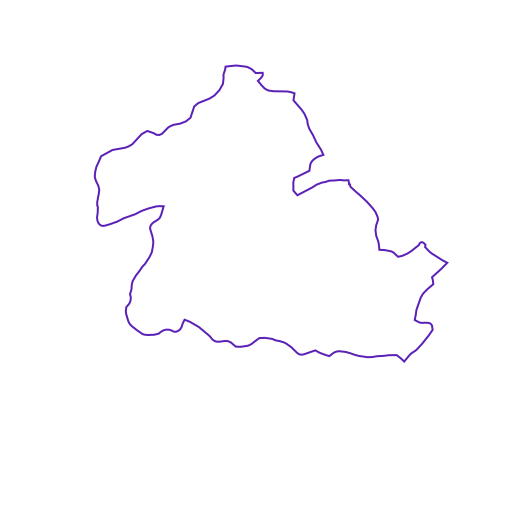 SVG path tracing the border of Bulgan, rotated 319°
{"feature_id": "MNG-3323", "entity_name": "Bulgan", "entity_type": "Province", "adm_level": 1, "iso_a3": "MNG", "parent_name": "Mongolia", "parent_adm1": "", "projection": "robinson", "projection_center": [103.32, 48.825], "detail": "fine", "context": "isolated", "style": "outline", "palette": "violet", "viewbox_px": 512, "rotation_deg": 319, "n_neighbors": 0, "source": "natural_earth", "source_scale": "10m", "svg_char_len": 3695}
<svg xmlns="http://www.w3.org/2000/svg" viewBox="0 0 512 512"><g transform="rotate(319 256 256)"><path d="M204.6,79.1L217.2,81.8L228.2,88.4L231.7,89.7L235.9,90.5L249.6,89.0L256.0,90.3L259.4,96.2L260.5,99.4L262.6,101.3L265.2,102.1L274.1,101.4L276.9,101.9L280.0,103.0L285.3,106.2L291.3,108.4L297.2,108.7L307.5,102.6L312.8,102.7L324.2,106.7L330.0,107.6L337.3,106.8L344.0,104.4L348.4,100.3L350.3,97.9L354.9,95.1L357.3,93.1L366.0,99.2L372.7,106.6L373.8,108.3L375.2,112.0L375.5,113.8L375.8,117.7L381.2,122.1L380.6,123.0L379.8,123.9L378.2,124.6L376.4,124.9L372.3,125.1L372.2,131.3L372.4,134.9L373.0,137.2L374.1,139.5L377.5,143.3L387.5,152.3L389.6,154.9L391.8,158.5L386.4,163.1L386.4,174.8L386.1,178.6L385.7,181.0L383.8,187.0L381.5,190.5L379.7,194.8L378.3,202.2L376.1,209.8L374.8,218.4L373.2,223.9L368.8,222.0L366.5,221.4L362.9,221.0L360.5,221.2L358.4,221.8L357.4,222.3L352.2,226.7L339.4,223.3L336.1,222.2L332.4,225.0L327.1,231.2L327.1,237.3L343.5,241.2L348.5,241.9L353.8,243.8L356.8,245.6L360.7,247.2L364.8,250.5L369.0,253.5L372.0,256.6L375.5,259.5L375.0,260.2L374.2,261.7L373.3,262.9L373.9,263.6L372.7,265.6L373.6,273.5L374.3,278.0L375.3,287.9L375.4,296.5L375.0,301.3L373.4,306.3L372.4,308.1L371.8,308.8L366.8,311.7L363.1,314.9L360.0,319.6L357.9,325.0L356.8,327.1L353.2,332.3L357.0,335.9L361.3,341.5L362.1,343.9L362.7,349.8L366.4,351.8L371.8,353.5L376.9,354.2L386.3,354.6L387.0,354.1L388.1,353.8L389.4,353.9L390.0,354.2L390.5,354.7L391.1,355.9L391.3,358.7L389.5,360.2L389.7,365.8L390.2,369.1L393.9,381.5L395.9,386.6L386.7,387.3L374.9,387.5L373.7,390.1L371.3,393.6L364.1,393.5L359.4,393.8L357.2,394.1L353.2,395.4L341.6,402.0L337.9,405.3L333.8,408.4L335.4,412.6L336.2,414.1L337.5,415.5L339.5,417.0L342.3,419.6L343.1,420.9L343.4,422.4L343.2,423.9L340.9,427.6L334.3,429.3L323.3,431.3L315.6,432.1L313.5,432.0L310.4,431.5L308.3,431.4L305.2,431.8L298.6,432.9L298.2,428.3L297.1,423.0L291.0,417.9L287.2,415.4L281.4,410.9L277.4,408.5L273.6,405.4L270.8,402.0L268.5,399.5L265.7,395.4L263.5,391.5L260.8,387.3L256.3,382.4L254.2,381.0L252.3,380.3L250.1,379.9L245.7,379.7L243.7,376.6L240.7,371.1L240.0,369.4L238.9,366.2L233.8,364.1L227.8,361.7L226.1,360.7L224.6,359.3L224.1,358.4L223.5,356.4L222.8,348.1L221.5,342.4L220.5,339.7L218.0,335.7L215.5,332.6L213.7,329.0L209.1,323.7L204.8,320.2L199.5,319.7L195.2,319.5L193.2,319.1L191.2,318.5L185.3,314.8L183.9,313.6L181.3,311.1L180.3,304.7L179.0,301.9L176.8,299.7L172.6,297.0L171.0,295.7L169.7,294.3L168.9,292.7L168.3,290.2L168.5,287.0L168.4,285.3L166.3,272.2L162.9,262.2L160.3,257.2L156.5,258.8L153.0,260.9L150.3,261.6L148.3,261.5L146.6,261.0L145.1,260.1L144.2,258.8L143.2,256.5L142.3,254.9L140.0,252.7L138.0,251.7L137.0,251.3L134.8,250.9L131.4,250.7L127.1,248.4L125.3,246.8L123.3,245.4L120.1,242.1L119.0,240.0L118.0,235.8L117.7,235.0L116.3,227.7L116.1,224.9L116.4,223.0L117.0,221.1L120.2,214.1L121.5,212.3L124.6,209.5L128.2,209.0L129.7,208.6L131.7,207.6L134.1,205.4L135.1,203.8L135.9,202.1L140.0,199.6L143.4,196.2L145.1,194.9L147.1,193.8L152.4,192.0L158.9,190.7L163.2,189.5L166.9,189.2L174.1,187.2L178.1,185.6L179.8,184.8L183.7,181.8L187.2,178.6L188.3,177.2L190.8,173.1L193.7,166.5L194.6,165.2L195.4,164.5L197.2,163.7L198.9,163.4L200.7,163.4L205.6,164.2L207.6,164.2L208.7,164.0L211.6,162.6L218.9,157.9L215.8,155.0L213.2,153.1L206.1,149.6L198.9,146.8L192.5,145.3L181.1,140.8L173.8,139.0L166.6,136.2L161.7,133.9L160.3,132.9L159.4,131.9L159.0,131.0L158.6,129.2L158.8,127.4L159.5,125.3L161.3,122.6L164.9,119.5L168.9,115.2L169.3,113.7L171.7,111.0L174.0,109.2L175.7,107.7L177.6,106.4L180.7,103.6L181.5,102.7L183.2,99.2L184.4,94.6L184.9,93.3L186.0,91.0L186.7,90.0L190.1,86.8L194.0,84.0L199.6,81.5L204.5,79.1L204.6,79.1Z" fill="none" stroke="#5b21b6" stroke-width="2"/></g></svg>